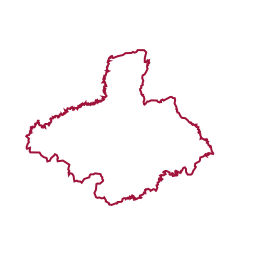 Paracatu, Minas Gerais, Brazil, rotated 26°
{"feature_id": "56859067B92126801808434", "entity_name": "Paracatu", "entity_type": "district", "adm_level": 2, "iso_a3": "BRA", "parent_name": "Brazil", "parent_adm1": "Minas Gerais", "projection": "robinson", "projection_center": [-46.879, -17.108], "detail": "fine", "context": "isolated", "style": "outline", "palette": "rose", "viewbox_px": 256, "rotation_deg": 26, "n_neighbors": 0, "source": "geoboundaries", "source_scale": "gbopen_adm2", "svg_char_len": 5813}
<svg xmlns="http://www.w3.org/2000/svg" viewBox="0 0 256 256"><g transform="rotate(26 128 128)"><path d="M129.6,204.2L131.1,204.2L132.5,203.1L135.3,202.7L136.7,201.7L137.0,200.8L140.0,202.8L140.2,203.7L143.8,203.9L144.6,205.0L147.0,204.3L150.2,200.9L151.0,200.9L151.4,200.3L151.1,199.1L154.3,197.3L154.8,196.3L154.2,194.2L155.1,192.9L156.9,192.1L157.2,192.7L158.0,191.1L159.0,191.5L159.5,189.6L160.9,190.7L161.2,189.8L160.6,189.0L162.0,189.2L162.2,188.7L161.3,187.9L161.3,186.8L162.8,186.8L164.0,188.8L164.8,188.2L164.7,187.7L165.3,187.8L165.6,188.8L166.7,188.3L168.1,186.1L170.3,185.2L170.5,184.7L168.5,184.1L168.4,183.5L170.9,180.9L170.6,179.1L172.1,178.9L170.5,176.2L171.3,175.6L171.2,175.0L172.1,174.8L172.8,173.8L174.9,173.9L175.8,174.6L177.7,171.8L178.9,171.5L180.6,172.2L180.8,171.8L180.5,168.7L178.8,167.1L179.8,165.7L178.5,164.1L179.6,162.7L178.4,160.4L180.7,160.7L181.3,158.9L179.5,158.5L178.7,159.3L179.0,157.2L177.7,156.7L178.4,155.6L180.6,155.0L182.0,153.0L180.7,152.1L180.6,151.4L179.6,152.0L179.4,153.3L179.1,151.9L180.5,150.1L181.5,149.8L184.9,149.7L185.5,151.3L186.5,151.5L187.2,150.9L187.5,149.2L188.3,149.2L188.4,150.7L189.2,151.5L191.0,150.3L190.4,149.2L191.2,147.8L192.0,148.3L191.1,148.8L191.1,149.3L192.7,149.3L193.0,148.4L190.8,145.5L193.7,145.7L194.2,145.5L194.4,144.1L195.0,144.6L195.3,139.5L196.3,138.5L197.9,139.2L199.5,142.1L202.0,143.7L205.0,142.3L205.7,141.0L205.4,137.8L206.1,133.7L206.0,133.2L204.9,133.1L204.0,130.6L206.7,126.8L206.8,125.5L205.9,122.8L208.5,120.3L208.9,118.7L210.5,118.8L209.1,117.7L209.3,117.3L211.9,117.2L212.3,116.3L211.1,115.6L211.6,115.1L215.8,114.1L215.7,113.4L213.2,111.9L210.6,108.4L209.9,108.9L209.5,108.0L208.0,108.2L206.6,106.7L205.5,106.7L205.9,105.2L203.9,105.1L205.1,103.9L204.5,104.1L203.7,103.5L201.1,105.1L199.1,104.7L198.0,105.9L197.4,103.8L196.2,102.9L195.8,101.8L193.8,101.3L194.5,100.3L194.3,99.7L193.1,100.1L192.6,98.3L191.3,98.4L190.9,96.4L189.2,97.0L188.3,95.3L187.8,96.1L187.3,95.5L186.7,96.3L185.0,96.0L185.1,96.6L184.7,96.9L182.6,96.1L182.4,95.5L181.9,95.5L181.8,96.1L180.5,96.0L178.0,94.8L174.9,94.1L172.3,95.2L170.5,94.7L167.0,92.1L165.6,92.4L165.1,91.5L164.6,91.5L164.0,89.8L163.1,89.8L162.5,88.1L159.1,85.5L158.0,81.9L156.9,80.7L155.2,81.4L153.6,80.9L152.3,81.7L148.0,87.7L146.7,87.2L145.5,88.8L146.3,90.1L145.4,90.3L145.2,91.1L143.1,91.3L142.0,90.6L136.7,93.0L134.9,95.3L133.7,95.7L133.0,99.0L132.6,99.7L131.9,99.5L130.4,97.4L130.5,96.1L129.8,94.5L128.4,92.8L126.7,92.5L126.8,91.6L125.3,91.8L123.7,89.5L122.6,89.0L121.7,87.7L122.4,86.1L121.4,84.5L122.4,82.6L121.4,81.5L121.1,78.9L118.8,76.8L118.1,74.3L119.4,72.6L119.7,69.4L119.6,66.1L118.4,64.9L118.0,63.9L118.4,62.7L117.6,62.6L117.4,61.5L118.5,60.3L118.4,59.8L117.6,59.6L117.2,58.2L116.7,58.9L116.0,58.6L115.4,60.9L114.1,61.3L112.4,57.7L111.2,51.9L108.3,51.0L102.5,53.8L102.2,56.0L100.9,57.4L99.1,57.4L98.2,59.0L92.9,61.9L91.4,64.7L87.4,67.9L84.0,71.6L83.4,71.7L81.7,69.7L82.0,70.9L80.9,71.7L81.4,72.7L80.4,73.4L80.7,76.2L81.8,75.9L81.0,76.7L80.9,77.9L82.6,78.5L82.4,81.0L82.8,81.7L82.3,82.1L82.4,82.8L83.9,84.7L83.3,85.8L85.6,85.4L84.2,87.4L84.9,90.8L83.8,91.3L84.1,93.0L84.9,93.0L84.7,93.9L85.7,94.0L85.7,94.6L84.6,95.1L85.7,96.1L85.3,98.1L87.4,97.0L88.7,99.4L89.3,98.9L90.2,99.9L88.4,101.3L89.0,102.6L90.5,102.7L90.5,103.4L89.4,104.3L89.5,104.8L91.1,104.8L91.2,105.4L90.4,106.2L91.3,106.8L92.3,106.6L92.4,107.4L94.4,108.3L94.7,108.9L93.9,110.4L91.9,111.0L92.7,111.2L92.8,112.6L93.9,112.6L93.8,113.3L92.0,115.6L92.0,116.2L91.3,116.6L90.9,115.7L89.9,116.3L90.0,117.5L89.7,118.0L89.2,117.5L89.5,118.7L88.7,118.5L87.4,116.9L86.9,117.2L87.9,120.3L87.2,121.3L86.5,120.5L86.2,121.0L85.6,120.7L85.5,121.8L86.1,122.2L85.2,122.6L83.9,121.9L83.6,122.7L83.9,123.6L81.7,123.3L81.8,123.8L81.0,123.6L80.5,124.2L81.8,124.7L80.9,125.2L79.7,124.3L79.2,124.7L78.8,124.0L78.6,126.4L77.9,126.5L77.7,125.7L77.1,126.8L76.6,126.3L76.3,128.6L75.4,127.4L74.4,129.2L75.0,129.3L75.0,130.1L74.3,130.0L74.0,131.3L74.2,133.2L72.6,132.6L71.3,133.9L71.3,135.3L70.7,135.6L70.2,133.7L68.5,135.0L68.3,134.0L67.6,134.8L67.7,136.2L65.1,136.8L65.4,138.3L64.9,138.9L66.4,139.8L66.1,140.2L63.7,139.7L65.1,141.2L65.3,142.1L65.0,142.7L64.4,142.2L63.8,142.6L63.7,144.8L63.3,145.2L61.9,144.5L62.1,145.0L61.5,144.9L60.7,145.9L61.3,147.2L60.4,147.7L61.0,148.4L60.8,149.0L60.3,149.3L59.2,148.2L57.7,148.7L57.3,149.1L57.7,150.3L55.7,150.9L56.5,151.6L56.3,152.4L54.2,153.3L54.2,154.0L55.7,154.8L56.2,156.2L56.0,157.3L55.0,157.9L55.8,159.1L55.7,160.2L54.2,159.5L52.1,160.6L51.5,161.5L53.3,163.9L51.0,163.5L50.7,164.0L51.2,164.9L50.2,165.2L49.2,163.6L47.2,164.3L46.3,163.6L45.9,162.4L44.3,161.5L44.3,160.8L43.8,161.0L44.1,162.3L45.0,162.6L42.7,164.8L42.9,165.4L43.6,165.3L43.6,168.3L42.1,169.4L41.7,168.6L41.3,168.9L41.8,170.3L40.5,170.2L41.3,172.0L42.5,173.1L42.4,173.9L40.7,173.3L41.7,174.1L42.1,175.6L42.7,175.4L42.0,176.4L42.1,177.7L40.3,179.0L40.2,180.1L43.7,181.0L43.9,182.9L45.2,184.2L44.8,185.9L45.2,189.5L45.9,190.7L46.4,191.0L48.6,188.7L49.9,192.1L50.9,192.7L59.3,188.8L62.0,190.6L65.1,191.1L68.0,190.7L70.2,193.4L72.1,191.7L72.0,189.0L73.6,185.2L73.8,183.6L75.9,183.6L78.3,185.7L78.1,186.9L79.4,188.7L83.8,185.8L91.4,186.7L92.4,191.4L94.0,192.2L94.1,194.2L95.4,196.0L95.6,194.0L98.0,193.7L100.1,195.0L103.2,199.5L105.2,197.7L106.6,197.9L108.7,197.0L110.4,197.5L111.0,193.0L114.8,189.3L114.4,187.1L114.7,186.1L117.2,184.8L118.3,183.2L123.5,181.5L125.1,183.1L126.5,183.5L127.2,185.1L128.6,185.9L128.7,186.8L127.2,190.3L124.8,191.4L124.2,192.2L126.2,197.4L126.3,201.2L129.6,204.2ZM190.8,145.5L190.2,146.6L189.7,146.8L189.4,146.2L189.9,145.6L190.8,145.5ZM74.3,130.8L74.9,130.9L74.6,131.2L74.3,130.8ZM90.4,116.0L90.7,116.4L90.5,116.7L90.4,116.0ZM165.6,188.8L164.7,189.4L164.9,189.8L165.6,189.3L165.6,188.8ZM92.8,112.6L92.3,112.2L92.1,112.7L92.3,113.2L92.8,112.6Z" fill="none" stroke="#9f1239" stroke-width="2"/></g></svg>